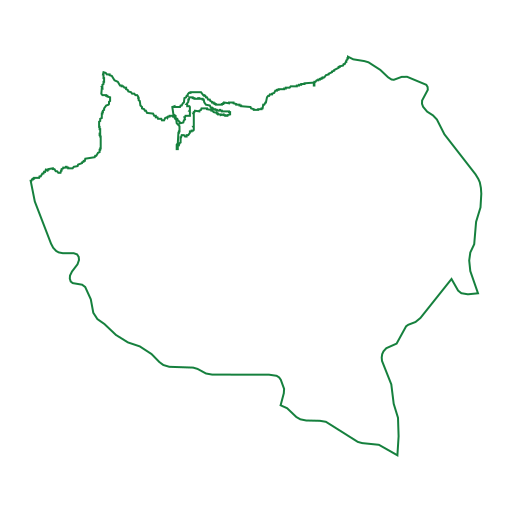 La Isabela, Puerto Plata, Dominican Republic (Equal Earth projection)
{"feature_id": "3306468B2817273614412", "entity_name": "La Isabela", "entity_type": "district", "adm_level": 2, "iso_a3": "DOM", "parent_name": "Dominican Republic", "parent_adm1": "Puerto Plata", "projection": "equal_earth", "projection_center": [-71.164, 19.801], "detail": "fine", "context": "isolated", "style": "outline", "palette": "green", "viewbox_px": 512, "rotation_deg": 0, "n_neighbors": 0, "source": "geoboundaries", "source_scale": "gbopen_adm2", "svg_char_len": 5898}
<svg xmlns="http://www.w3.org/2000/svg" viewBox="0 0 512 512"><path d="M280.6,405.3L287.1,408.2L296.3,417.0L300.3,419.3L306.2,420.5L319.9,420.8L325.9,421.8L357.8,441.9L362.2,443.1L378.9,444.8L397.4,455.3L398.6,436.3L398.0,417.8L393.7,403.8L391.3,384.4L382.0,360.9L381.7,357.5L382.2,354.1L383.5,351.3L386.3,348.2L396.6,343.6L406.1,326.3L408.2,324.8L415.5,322.0L420.4,318.0L451.5,279.0L458.1,290.6L461.3,293.2L467.9,294.3L478.0,293.3L470.3,271.1L469.2,260.5L470.3,252.5L474.2,244.2L476.1,221.8L480.5,207.4L481.3,193.8L480.9,187.9L479.8,182.3L478.3,178.9L475.5,174.3L444.4,134.3L436.9,119.5L433.0,115.4L427.1,111.6L423.1,106.8L422.0,103.8L422.1,100.5L427.8,89.8L427.6,87.0L426.3,84.8L407.1,76.8L401.6,76.9L393.8,79.8L391.5,79.5L388.1,77.3L380.3,69.9L368.5,62.3L364.4,61.1L353.2,59.3L348.0,56.7L348.0,58.2L347.4,58.2L347.4,59.6L346.3,60.4L346.3,61.9L345.8,61.9L344.7,64.1L343.6,64.1L343.0,65.6L339.7,66.3L339.7,67.0L338.6,67.0L338.6,67.8L334.2,70.0L334.2,70.7L332.0,71.5L332.0,72.2L328.7,73.7L328.7,74.4L325.9,75.2L324.3,77.4L322.6,77.4L322.6,78.1L321.5,78.1L321.5,78.9L319.9,78.9L319.9,79.6L318.2,79.6L318.2,80.3L316.6,80.3L315.5,81.8L314.4,81.8L314.4,85.5L313.8,85.5L313.8,82.6L304.5,83.3L304.5,84.0L301.2,84.0L301.2,84.8L299.0,84.8L299.0,85.5L296.8,85.5L296.8,86.3L290.7,86.3L289.6,87.7L285.8,87.7L285.8,88.5L284.1,88.5L284.1,89.2L278.6,89.2L278.6,89.9L276.9,89.9L276.9,90.7L275.3,90.7L274.2,92.9L272.0,93.7L272.0,94.4L269.8,94.4L269.2,95.9L268.1,95.9L267.0,97.3L265.9,102.5L265.4,102.5L264.3,104.7L263.2,104.7L262.6,108.4L261.5,108.4L261.5,109.2L258.2,109.2L258.2,109.9L253.8,109.9L253.8,109.2L251.1,108.4L250.5,107.0L241.1,106.2L241.1,105.5L239.5,105.5L239.5,104.7L236.2,104.7L236.2,104.0L233.5,103.3L233.5,102.5L229.0,102.5L229.0,103.3L224.1,102.5L224.1,103.3L223.0,103.3L223.0,104.0L221.9,104.0L221.9,104.7L215.8,104.7L215.8,104.0L214.7,104.0L214.7,103.3L213.6,103.3L213.6,102.5L212.0,102.5L212.0,101.8L210.3,101.0L209.8,99.6L208.1,99.6L207.0,97.3L205.9,97.3L205.4,95.9L204.3,95.9L204.3,95.1L203.2,95.1L201.0,92.2L190.5,92.2L190.5,92.9L188.9,92.9L187.7,94.4L187.7,95.9L186.6,95.9L186.1,97.3L184.4,98.1L183.9,102.5L182.8,103.3L181.7,105.5L180.6,105.5L180.0,107.0L174.5,107.0L174.5,106.2L172.3,107.0L173.4,114.4L175.6,115.8L175.6,118.0L177.3,118.8L177.8,120.3L179.5,121.7L179.5,123.2L180.0,122.5L180.6,123.2L183.3,122.5L183.9,120.3L185.0,119.5L184.4,117.3L185.0,117.3L185.5,115.8L189.9,115.8L189.9,110.7L189.4,110.7L189.9,109.9L189.9,107.0L189.4,106.2L187.2,106.2L187.2,104.0L186.6,104.0L188.3,101.8L188.3,99.6L188.9,99.6L189.4,97.3L192.7,97.3L192.7,98.1L194.4,98.1L194.4,98.8L198.2,98.8L198.2,98.1L199.3,98.1L199.3,98.8L202.6,98.8L202.6,99.6L203.7,99.6L204.3,102.4L205.9,104.7L209.8,105.5L210.9,107.7L212.0,107.7L212.0,108.4L213.1,108.4L213.1,109.2L215.3,109.2L215.3,109.9L216.9,109.9L216.9,110.7L219.7,110.7L219.7,109.9L220.2,109.9L220.2,110.7L221.9,110.7L221.9,111.4L229.0,111.4L229.0,112.1L230.1,112.1L230.1,114.4L227.4,115.1L227.4,115.8L225.2,115.8L225.2,115.1L223.5,115.1L223.5,114.4L220.8,115.1L220.8,114.4L218.0,114.4L218.0,113.6L216.9,113.6L216.9,112.9L213.6,112.1L212.5,110.7L211.4,110.7L211.4,109.9L207.0,109.2L207.0,108.4L201.5,108.4L201.0,109.9L199.3,110.7L199.3,111.4L194.9,110.7L194.4,112.1L193.8,112.1L193.8,113.6L193.3,113.6L193.8,114.4L193.8,126.9L193.3,126.9L193.8,127.7L193.8,129.9L193.3,130.6L191.6,130.6L191.6,131.4L189.9,131.4L189.9,132.8L188.3,135.1L186.6,135.1L186.6,136.5L185.0,136.5L183.9,135.1L181.7,135.1L181.1,137.3L180.6,137.3L180.6,142.5L179.5,143.2L178.9,145.4L177.8,145.4L177.8,149.1L176.7,149.1L176.7,144.7L177.8,143.2L178.4,132.8L178.9,132.8L178.9,131.4L179.5,131.4L179.5,126.2L176.7,123.2L176.2,119.5L175.1,118.8L174.0,116.6L172.9,116.6L172.9,115.8L169.6,115.8L169.6,116.6L167.9,116.6L167.4,118.0L166.8,117.3L165.2,118.0L164.1,120.3L161.9,120.3L161.3,118.8L158.0,118.8L157.5,117.3L155.8,117.3L155.8,115.8L154.2,115.8L153.1,113.6L147.0,112.9L145.9,110.7L144.8,110.7L144.2,109.2L142.0,108.4L142.0,107.0L140.4,105.5L139.8,101.0L138.7,100.3L138.7,98.1L138.2,98.1L138.2,96.6L137.1,95.1L135.4,95.1L134.3,93.7L132.1,93.7L131.0,92.2L128.3,91.4L127.7,89.9L126.1,89.2L126.1,87.7L124.4,87.7L123.3,86.3L121.7,86.3L121.7,85.5L120.0,85.5L117.8,81.8L114.5,80.3L111.8,75.9L109.6,75.2L109.6,74.4L106.8,74.4L105.7,72.9L103.5,72.2L103.0,74.4L103.5,74.4L103.5,78.1L104.1,78.1L104.1,81.8L103.5,81.8L103.5,84.0L102.4,84.8L102.4,87.0L101.8,87.0L102.4,88.5L101.8,88.5L101.3,93.7L102.4,95.1L106.2,95.1L106.2,95.9L107.4,95.9L107.4,96.6L110.1,97.3L110.1,101.0L109.0,101.8L109.0,104.0L108.5,104.7L106.2,105.5L104.1,108.4L104.1,109.9L102.9,110.7L102.9,112.1L102.4,112.1L102.4,113.6L101.8,113.6L101.8,118.0L100.2,118.8L100.2,121.0L99.1,121.7L99.1,126.9L99.6,126.9L99.6,129.1L100.2,129.1L100.2,133.6L99.6,133.6L99.6,135.1L100.2,135.1L100.2,136.5L100.7,136.5L100.7,148.4L100.2,148.4L100.2,149.8L99.6,149.8L99.6,152.1L98.0,152.8L96.3,155.8L95.2,155.8L94.7,157.2L85.3,158.7L84.8,160.9L83.7,160.9L83.7,161.7L82.1,162.3L82.0,163.1L78.1,164.6L77.6,166.1L73.8,166.8L72.6,168.3L68.2,168.3L68.2,167.6L66.6,167.6L66.6,166.8L66.0,166.8L66.0,167.6L63.3,167.6L63.3,168.3L61.6,169.1L61.6,170.5L61.1,170.5L60.5,172.8L58.3,172.8L57.2,171.3L55.7,171.2L54.5,169.2L52.8,169.1L52.8,168.3L48.4,169.1L48.4,169.8L47.3,169.7L47.3,170.5L45.8,169.7L45.1,172.0L44.0,171.8L43.5,173.5L42.4,173.5L40.7,176.4L39.5,176.4L39.1,177.9L34.1,177.9L34.1,178.7L33.0,178.7L33.0,179.4L31.9,179.4L31.4,180.9L30.7,180.9L34.8,201.5L51.0,243.6L53.2,247.8L56.2,251.0L58.7,252.4L62.8,253.2L73.7,253.2L77.1,254.4L78.7,256.9L79.0,260.0L77.5,264.3L72.0,271.5L70.0,275.6L69.8,278.6L70.7,281.5L72.7,283.1L82.1,284.7L85.2,287.0L90.8,299.3L93.3,312.8L97.4,319.1L104.4,324.0L116.0,335.0L127.9,342.4L139.8,346.4L151.6,354.1L159.4,362.1L163.3,365.0L169.3,366.8L193.1,367.6L197.5,368.9L206.0,373.5L212.2,374.6L269.2,374.7L276.6,375.8L279.1,377.4L280.8,379.8L284.1,388.9L283.8,393.3L280.6,405.3Z" fill="none" stroke="#15803d" stroke-width="2"/></svg>